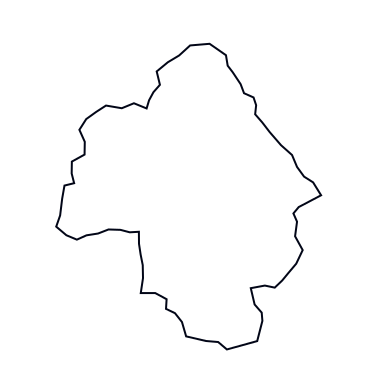 the district of Águas de Lindóia, São Paulo, Brazil, rotated 100°
{"feature_id": "56859067B8082951902088", "entity_name": "Águas de Lindóia", "entity_type": "district", "adm_level": 2, "iso_a3": "BRA", "parent_name": "Brazil", "parent_adm1": "São Paulo", "projection": "natural_earth1", "projection_center": [-46.603, -22.475], "detail": "fine", "context": "isolated", "style": "outline", "palette": "ink", "viewbox_px": 384, "rotation_deg": 100, "n_neighbors": 0, "source": "geoboundaries", "source_scale": "gbopen_adm2", "svg_char_len": 1074}
<svg xmlns="http://www.w3.org/2000/svg" viewBox="0 0 384 384"><g transform="rotate(100 192 192)"><path d="M161.5,74.4L157.4,84.3L149.1,92.9L138.2,99.9L130.5,112.4L119.6,125.8L111.2,135.0L104.5,143.3L95.4,143.9L88.2,147.8L85.7,157.9L77.4,162.8L67.0,172.7L61.4,178.8L51.4,182.3L43.0,200.4L48.0,219.3L59.8,228.4L68.4,238.3L79.4,247.7L92.0,242.2L100.4,247.3L109.1,250.2L117.6,251.2L114.7,264.6L121.7,275.7L121.8,291.7L129.7,300.2L138.5,308.8L150.3,313.7L161.2,306.3L173.8,304.3L182.9,315.6L194.7,313.7L203.8,309.6L207.8,318.7L221.2,318.7L238.0,317.8L249.7,319.7L256.4,308.2L258.9,297.1L253.0,288.4L249.2,277.3L243.4,267.7L241.7,255.9L242.5,246.3L240.4,237.4L252.2,235.2L262.6,231.7L272.6,227.8L285.3,225.3L300.4,224.9L297.9,210.7L302.0,198.4L311.6,197.3L314.3,187.7L321.8,179.3L335.2,172.7L336.3,152.3L335.2,140.2L341.0,130.3L327.5,101.9L306.7,100.3L298.7,102.4L291.9,110.8L276.5,117.4L271.5,104.0L271.8,93.9L263.5,87.8L255.0,83.0L244.5,76.9L230.0,72.9L217.7,82.8L203.0,83.4L195.5,88.4L188.3,84.3L172.8,64.3L161.5,74.4Z" fill="none" stroke="#020617" stroke-width="2"/></g></svg>